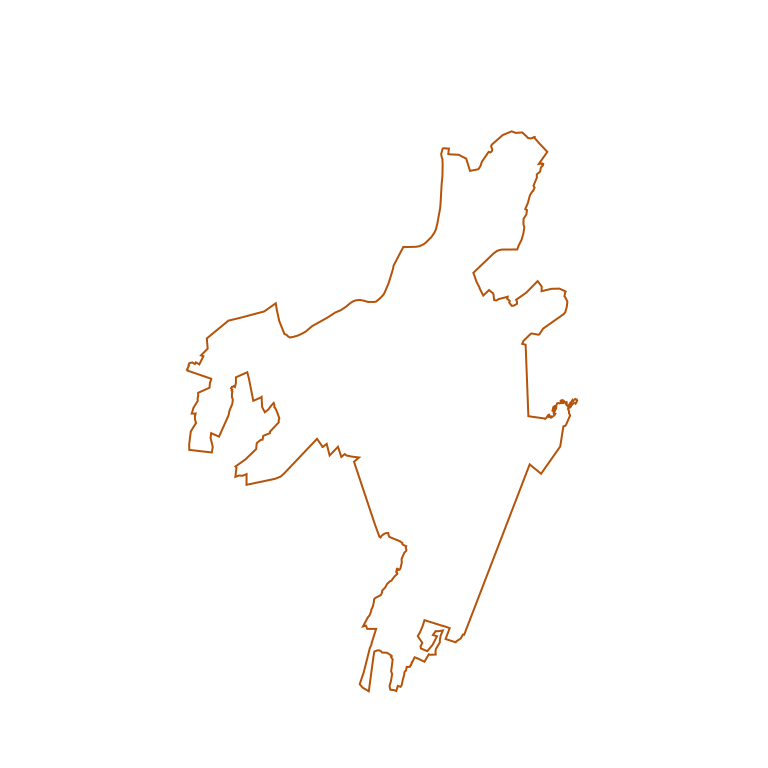 outline of Ķekavas pag., Kekavas, Latvia, rotated 294°
{"feature_id": "27541924B56156234267129", "entity_name": "Ķekavas pag.", "entity_type": "district", "adm_level": 2, "iso_a3": "LVA", "parent_name": "Latvia", "parent_adm1": "Kekavas", "projection": "equal_earth", "projection_center": [24.179, 56.814], "detail": "fine", "context": "isolated", "style": "outline", "palette": "amber", "viewbox_px": 768, "rotation_deg": 294, "n_neighbors": 0, "source": "geoboundaries", "source_scale": "gbopen_adm2", "svg_char_len": 6140}
<svg xmlns="http://www.w3.org/2000/svg" viewBox="0 0 768 768"><g transform="rotate(294 384 384)"><path d="M623.2,342.0L622.4,341.9L617.3,342.7L614.5,344.6L613.2,345.9L608.6,348.2L597.0,353.1L591.0,355.0L570.9,362.6L567.3,363.8L551.7,367.6L546.3,368.5L542.8,368.5L537.4,367.5L529.7,364.5L527.3,363.0L524.3,360.3L522.4,357.5L518.6,349.5L517.1,345.9L495.9,344.6L493.0,345.4L478.1,347.2L467.8,347.4L465.5,347.2L461.1,345.7L456.0,343.2L454.9,341.5L452.4,335.8L452.0,332.0L450.9,327.6L448.9,324.1L447.0,322.2L444.5,320.5L438.9,317.7L433.6,314.3L429.6,310.5L420.8,304.7L407.8,294.9L400.0,291.1L397.0,288.9L393.2,285.6L390.2,282.0L388.2,279.1L388.5,276.8L389.3,274.9L389.2,272.7L398.9,262.7L407.7,256.2L413.7,252.3L401.5,245.0L384.8,224.2L378.6,216.1L353.6,203.6L344.6,208.5L335.7,205.2L335.9,207.7L326.8,207.3L327.2,203.3L325.3,203.1L325.7,200.0L323.7,197.6L322.1,197.7L322.0,198.2L322.0,197.9L321.7,197.9L321.6,198.3L316.9,198.2L317.0,198.8L316.3,199.1L318.5,224.0L318.1,224.3L314.4,224.5L309.6,226.1L300.4,217.8L297.7,219.0L295.0,219.6L292.7,220.7L284.9,219.6L278.8,220.4L279.4,221.5L279.7,223.0L280.4,223.9L278.4,224.4L278.0,224.2L274.7,225.8L271.8,228.2L270.6,227.9L262.1,226.8L249.8,230.5L244.6,232.9L251.4,254.5L256.8,253.2L264.2,247.5L268.8,246.1L268.8,254.7L292.3,254.7L296.6,253.7L304.2,253.5L308.1,252.3L310.5,250.2L314.0,248.8L315.7,248.5L315.9,247.5L317.3,247.6L317.8,246.0L319.5,246.2L319.9,247.0L321.0,247.5L320.6,249.0L324.4,248.4L329.9,246.0L339.1,254.3L334.4,258.1L315.5,271.4L321.3,276.8L322.4,277.4L313.4,282.0L309.7,286.7L313.9,288.8L317.5,289.5L321.8,290.9L320.3,292.4L318.0,293.4L317.9,294.2L315.9,296.7L310.0,302.4L308.0,302.5L306.6,303.3L306.0,303.4L294.0,299.2L292.7,299.8L287.6,294.8L283.7,295.7L282.9,294.2L278.6,291.9L277.8,291.9L272.6,293.7L258.8,288.1L248.3,281.9L247.9,283.1L238.7,286.0L241.4,288.7L242.6,292.0L245.8,295.1L236.0,299.4L253.2,323.2L257.5,327.3L261.8,329.2L306.7,345.1L301.9,353.0L301.4,353.4L301.5,353.6L306.0,356.0L296.6,363.4L307.9,367.5L300.0,374.7L304.0,376.6L303.4,379.1L304.2,381.8L304.1,382.4L306.7,391.1L300.8,388.2L252.7,432.2L242.6,441.9L242.4,443.3L244.3,443.5L246.8,444.9L248.3,446.1L249.6,448.5L247.6,449.8L246.5,451.2L246.8,462.7L246.6,462.9L246.3,465.4L245.2,465.9L244.8,467.2L244.9,470.3L243.1,470.6L241.7,471.9L240.5,472.1L238.3,471.2L231.4,471.2L228.0,472.9L222.3,474.0L221.1,473.9L220.3,473.4L220.0,472.7L220.7,472.1L220.7,471.4L220.6,471.0L219.9,471.0L218.7,471.5L217.9,471.4L217.1,471.7L216.9,472.2L217.1,472.5L215.9,473.4L213.3,472.2L209.9,471.2L207.4,470.8L206.1,469.6L202.8,468.2L198.5,467.8L194.6,466.4L192.5,467.0L190.0,467.0L184.9,463.0L183.9,462.7L183.1,462.6L181.1,463.3L176.4,464.3L172.7,464.2L171.2,464.7L166.7,464.9L164.5,464.2L154.0,463.4L155.9,465.7L153.5,468.3L157.1,476.4L142.0,478.1L140.8,478.5L136.9,478.5L112.6,482.7L99.9,483.9L97.9,488.1L97.1,495.1L130.5,485.3L135.7,484.0L138.0,486.4L138.7,487.7L138.7,489.7L137.9,491.4L139.7,496.1L139.0,500.7L138.6,501.7L137.6,501.3L135.8,504.0L124.4,507.4L122.4,509.4L115.3,511.2L110.3,511.9L107.3,514.1L108.4,517.6L108.5,520.1L113.8,519.4L114.1,522.3L116.2,522.6L121.7,521.4L126.7,520.7L129.0,519.9L130.2,520.1L131.2,520.7L134.7,519.8L136.2,522.7L138.1,522.7L138.4,523.1L140.8,522.6L140.8,522.9L146.8,523.1L147.0,526.5L146.7,533.9L155.3,534.9L155.4,536.3L157.9,541.3L160.6,539.8L163.1,539.2L170.8,540.1L172.7,539.2L177.3,538.1L182.8,538.0L180.3,534.3L179.2,531.7L174.6,530.8L175.1,535.0L165.6,534.5L157.5,532.2L157.4,525.4L159.1,524.1L163.1,524.3L167.4,517.4L172.2,517.9L179.4,517.7L184.7,517.0L186.9,536.1L187.1,536.2L187.7,543.3L176.1,544.0L177.2,554.6L178.2,554.7L182.7,557.6L187.2,558.0L187.6,559.2L369.8,549.8L365.9,564.0L398.6,570.4L418.3,565.1L419.4,566.5L420.7,566.9L431.0,566.8L432.5,565.0L434.8,563.7L436.0,562.2L439.5,564.0L440.3,563.3L440.8,562.2L441.5,561.7L440.1,561.5L439.3,562.0L437.5,561.9L438.4,561.2L439.0,559.4L440.1,559.2L440.5,558.4L441.4,558.4L441.8,558.1L441.1,557.4L440.3,557.5L441.3,555.8L439.5,555.5L439.0,554.3L441.7,554.0L442.0,553.7L441.1,552.6L440.4,552.2L439.4,553.1L438.6,553.0L437.7,552.3L437.6,551.2L436.7,550.0L434.0,550.2L433.4,549.7L433.5,549.1L433.3,548.9L432.9,549.0L432.5,549.8L431.9,550.0L432.5,550.3L432.7,550.8L431.5,551.2L430.3,550.3L431.1,549.1L432.0,548.6L432.0,548.2L431.5,548.1L428.1,548.8L428.2,549.9L427.5,550.3L428.3,551.0L426.2,551.0L425.9,551.3L426.4,551.8L426.5,552.6L424.8,552.4L421.3,550.5L421.1,550.2L421.3,549.9L422.3,549.5L421.7,548.6L420.9,548.1L420.9,547.4L421.5,547.2L422.5,547.7L423.1,547.4L422.4,546.6L419.1,546.1L417.6,545.3L417.8,544.7L413.3,529.0L477.5,497.4L476.9,493.9L480.2,493.9L489.4,497.6L489.9,497.9L490.4,498.9L491.8,505.0L492.5,505.7L499.1,506.8L500.0,507.2L520.9,519.7L523.3,520.4L528.8,519.6L533.9,518.0L537.3,513.8L537.5,513.2L540.8,512.3L542.4,512.3L542.5,505.5L539.1,498.3L532.9,490.2L537.2,488.4L540.5,482.5L525.3,476.8L514.6,470.4L513.3,472.0L511.3,472.9L508.2,470.5L507.4,468.9L509.3,465.3L511.0,465.1L512.0,461.8L514.0,461.5L508.2,454.2L506.0,452.7L505.5,450.5L510.5,447.5L511.2,446.8L512.5,441.7L505.2,438.7L510.3,432.4L510.8,432.2L515.0,427.0L521.9,420.4L547.6,430.9L551.5,433.1L553.0,434.6L554.7,436.9L561.1,451.0L565.1,450.7L571.6,451.0L578.2,450.1L584.6,448.3L586.3,446.6L591.6,444.3L596.8,445.1L601.0,443.9L601.2,441.9L608.1,441.8L615.3,440.6L617.5,440.7L620.8,441.4L621.0,441.7L624.6,441.7L625.9,439.9L634.8,439.7L637.6,438.3L641.4,440.2L645.6,439.3L648.6,440.3L649.5,440.0L648.9,439.3L649.8,438.8L648.0,435.9L662.5,438.8L666.7,428.7L670.0,421.5L670.9,421.2L670.2,420.1L669.2,419.7L667.9,417.9L667.3,415.4L668.1,413.8L670.0,407.9L667.0,402.3L666.7,397.8L659.7,391.2L646.5,385.1L644.8,385.1L642.2,387.6L640.4,387.8L638.8,387.0L638.6,385.2L626.9,383.0L622.6,383.5L618.6,382.9L613.7,375.9L623.3,367.4L623.8,359.1L620.8,351.3L620.2,349.2L625.5,347.5L624.3,344.7L624.1,343.5L623.2,342.0ZM442.1,564.5L442.7,564.5L443.5,565.0L443.9,565.9L444.7,566.6L444.8,566.8L444.4,567.1L444.7,567.2L447.4,567.2L447.7,566.5L448.2,566.3L447.8,565.5L448.1,564.8L446.6,564.0L445.4,563.9L444.6,563.1L445.4,562.6L444.3,562.4L442.6,562.9L442.4,563.5L442.1,563.7L441.2,563.3L441.3,564.1L442.1,564.5Z" fill="none" stroke="#b45309" stroke-width="2"/></g></svg>